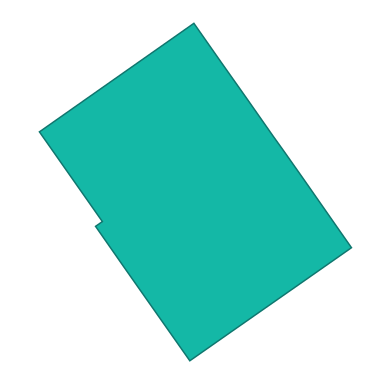 the district of Mower, Minnesota, United States of America, rotated 235°
{"feature_id": "52423323B52141810404240", "entity_name": "Mower", "entity_type": "district", "adm_level": 2, "iso_a3": "USA", "parent_name": "United States of America", "parent_adm1": "Minnesota", "projection": "robinson", "projection_center": [-92.779, 43.674], "detail": "fine", "context": "isolated", "style": "filled", "palette": "teal", "viewbox_px": 384, "rotation_deg": 235, "n_neighbors": 0, "source": "geoboundaries", "source_scale": "gbopen_adm2", "svg_char_len": 458}
<svg xmlns="http://www.w3.org/2000/svg" viewBox="0 0 384 384"><g transform="rotate(235 192 192)"><path d="M219.2,93.3L169.1,93.2L109.5,93.3L56.6,93.4L55.0,93.4L55.0,142.9L54.9,241.4L54.9,290.7L66.2,290.7L73.8,290.7L136.6,290.8L173.2,290.7L190.6,290.5L211.1,290.5L217.7,290.5L219.4,290.5L226.9,290.5L235.7,290.5L237.6,290.5L281.5,290.3L322.0,290.3L329.1,290.3L328.8,101.5L219.2,101.6L219.2,93.3Z" fill="#14b8a6" stroke="#0f766e" stroke-width="1.5"/></g></svg>